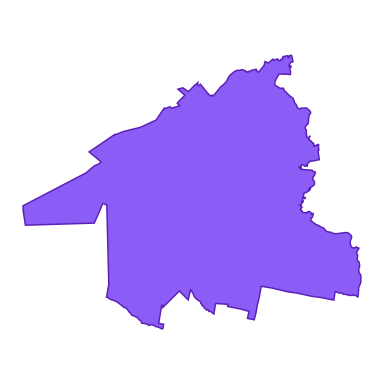 outline of Hobart, Tasmania, Australia
{"feature_id": "25037944B41007206704884", "entity_name": "Hobart", "entity_type": "district", "adm_level": 2, "iso_a3": "AUS", "parent_name": "Australia", "parent_adm1": "Tasmania", "projection": "orthographic", "projection_center": [147.328, -42.894], "detail": "fine", "context": "isolated", "style": "filled", "palette": "violet", "viewbox_px": 384, "rotation_deg": 0, "n_neighbors": 0, "source": "geoboundaries", "source_scale": "gbopen_adm2", "svg_char_len": 5996}
<svg xmlns="http://www.w3.org/2000/svg" viewBox="0 0 384 384"><path d="M25.4,225.2L94.3,223.1L99.5,211.2L102.7,203.5L106.8,205.0L108.8,284.2L106.5,297.2L107.5,297.4L109.7,298.9L111.1,299.6L115.0,300.9L116.6,301.7L120.0,304.1L124.1,307.5L126.1,308.0L128.3,310.6L128.9,311.8L130.1,312.7L131.4,314.7L132.5,315.6L134.2,315.9L135.5,316.8L137.2,317.4L139.5,320.1L140.8,320.8L141.6,323.1L142.1,323.4L143.9,323.3L145.9,324.0L147.5,324.1L147.9,324.5L148.3,325.2L148.9,325.5L151.0,324.8L152.6,324.8L155.8,326.6L157.7,326.9L161.8,328.8L162.8,328.7L163.7,324.3L158.7,323.3L161.7,305.2L163.0,305.5L163.0,307.3L179.4,291.0L188.2,299.9L190.5,290.0L191.8,291.4L193.1,293.6L194.2,296.5L196.3,298.9L197.6,299.8L198.4,300.2L198.7,300.7L199.9,301.1L200.6,302.2L200.8,303.3L201.8,304.5L202.2,305.6L203.6,306.7L204.5,308.1L206.7,310.2L207.8,309.5L208.1,309.6L208.4,310.0L208.7,311.2L209.0,311.5L210.8,311.4L212.2,312.9L213.9,313.9L215.6,303.5L228.0,304.3L227.6,306.4L241.2,309.2L249.0,311.4L247.8,316.6L247.5,318.4L254.2,319.8L256.0,312.6L257.4,304.7L258.7,299.7L260.9,288.2L261.4,286.3L272.3,288.1L287.6,291.8L297.1,293.1L311.6,296.3L320.2,297.4L333.8,300.1L335.1,291.8L335.6,291.6L338.5,292.9L341.0,293.0L341.9,293.5L343.5,293.8L343.7,294.3L344.3,294.1L345.4,294.3L346.1,294.7L347.6,294.6L348.6,295.5L349.4,295.0L351.2,295.5L353.0,295.0L353.7,295.6L354.1,295.2L354.9,295.0L355.4,295.2L357.3,296.8L358.0,296.8L358.1,296.2L358.0,295.1L358.4,293.6L358.3,292.1L358.7,289.9L358.6,287.9L359.3,285.9L360.1,284.4L360.1,284.1L360.6,283.0L360.9,281.4L360.8,277.2L361.0,276.8L360.8,276.6L360.5,274.2L359.7,273.7L359.2,273.0L358.9,271.4L358.8,268.6L359.6,266.6L359.6,264.9L358.9,261.7L357.7,260.8L357.4,260.0L357.2,258.1L357.6,256.5L357.6,255.1L356.6,253.6L356.6,252.7L357.0,251.5L357.8,249.9L358.2,249.8L358.9,248.2L356.2,246.9L355.4,247.6L353.4,247.9L352.4,247.7L351.5,246.9L350.5,244.6L350.2,243.2L350.3,241.1L351.7,237.3L351.5,236.2L350.9,235.2L348.3,233.0L347.1,232.6L345.0,232.6L337.5,233.6L334.9,233.6L332.6,233.3L331.2,232.3L328.1,231.9L326.0,231.1L325.6,230.3L324.7,229.8L324.5,229.4L324.5,229.0L324.1,228.8L323.5,228.0L323.1,227.7L321.3,227.2L318.9,225.6L316.0,224.5L312.1,221.6L310.6,219.8L310.7,218.6L311.2,218.2L311.4,218.3L312.3,217.3L313.0,215.5L312.8,214.7L313.3,214.0L313.1,213.5L312.4,213.5L311.6,213.9L311.2,213.8L311.1,212.9L310.6,212.2L308.9,211.4L307.7,211.9L307.7,212.3L307.4,212.5L306.9,212.3L306.0,213.0L305.7,212.7L302.8,212.5L302.4,212.1L302.2,211.2L301.7,211.0L300.5,209.6L301.0,209.0L300.8,208.8L300.8,208.6L301.9,207.4L301.3,207.4L301.2,207.2L301.3,206.9L301.1,206.6L301.1,206.2L300.8,206.2L300.2,205.6L301.0,205.8L301.4,204.8L300.6,204.4L301.0,204.4L301.4,203.7L302.1,201.9L301.9,201.3L302.0,201.1L302.5,201.1L302.9,201.6L302.9,202.1L303.1,201.9L303.1,200.4L302.6,200.1L302.5,198.4L302.7,198.1L303.1,198.1L304.8,198.6L305.1,198.4L305.3,198.0L305.3,197.7L304.9,197.4L303.3,197.1L303.1,196.8L303.1,196.1L304.0,194.0L303.8,193.3L304.2,192.9L306.3,192.4L307.2,192.0L307.5,191.5L308.3,191.3L308.6,190.6L308.9,190.7L309.1,190.0L309.4,190.0L309.1,189.5L309.7,189.7L310.2,189.5L310.3,189.2L309.4,188.2L309.9,187.5L310.6,187.9L310.8,187.6L310.7,187.5L311.2,187.1L311.4,186.8L313.2,185.9L314.3,184.5L314.5,183.5L314.5,181.6L314.0,180.8L312.8,179.8L312.5,179.0L313.0,178.6L312.9,177.8L313.1,176.7L313.4,176.3L314.5,175.6L314.9,172.9L314.7,172.2L315.2,172.4L315.0,171.9L312.1,170.9L312.2,170.4L311.7,170.2L301.6,169.4L301.5,168.9L300.4,168.8L300.4,168.5L301.3,168.5L301.4,168.0L300.4,168.0L300.3,167.6L299.1,167.2L299.4,166.6L300.8,166.9L301.0,166.4L300.7,166.3L302.0,164.4L305.2,166.4L306.2,165.2L307.1,166.1L307.5,165.5L307.1,164.2L310.2,160.9L311.3,161.3L319.3,159.7L318.0,150.4L318.9,150.1L318.2,145.5L318.7,145.4L318.6,144.6L318.1,144.4L316.2,145.3L316.3,145.5L315.9,145.8L314.6,146.0L314.7,145.9L314.4,145.4L313.8,144.8L313.5,143.5L313.2,143.8L312.7,143.1L312.8,143.0L311.5,141.9L310.7,140.6L310.1,140.6L309.3,139.5L308.8,139.6L308.5,139.0L308.6,138.5L310.0,136.5L310.0,136.2L309.8,136.2L308.9,137.6L307.5,137.4L307.4,137.1L306.8,136.9L306.6,136.5L306.7,135.7L306.2,132.1L306.5,130.6L306.2,130.3L306.2,129.9L305.6,129.3L305.2,128.0L305.2,127.4L306.0,125.7L307.9,123.8L308.3,123.0L308.3,121.9L308.5,121.5L308.5,120.3L308.6,119.4L308.6,117.8L308.8,117.4L309.2,115.2L310.6,113.2L310.5,112.1L309.8,110.8L308.1,109.2L307.4,109.0L306.6,108.0L301.5,108.1L300.9,108.3L300.4,109.0L300.1,109.1L298.1,108.3L297.3,107.4L296.2,104.5L295.2,103.6L294.3,101.8L294.1,100.7L293.0,98.2L289.8,96.0L289.1,95.1L287.0,93.3L286.2,92.1L285.2,91.6L284.0,89.9L283.5,88.5L283.2,88.1L282.7,88.0L282.2,88.4L281.3,88.5L279.0,87.7L278.2,87.0L275.4,85.5L274.9,84.5L274.8,83.4L274.9,82.0L276.1,79.1L278.1,75.6L279.5,73.9L282.4,74.2L283.0,74.0L284.5,74.3L287.7,74.1L289.9,74.6L290.5,74.4L290.5,71.2L289.6,68.0L291.0,67.4L291.1,67.2L290.7,65.8L289.1,66.1L289.1,65.5L289.4,64.5L290.3,63.0L290.8,62.5L292.9,61.7L293.0,61.4L291.6,55.4L291.4,55.2L289.2,55.9L289.0,56.2L289.2,57.2L288.8,57.6L288.1,57.4L287.7,55.7L283.0,56.6L282.7,57.0L283.1,58.6L281.0,59.3L281.1,60.2L280.4,60.5L278.5,60.8L278.3,59.6L277.9,59.0L273.6,60.1L273.3,60.0L273.1,59.2L272.9,59.1L268.5,62.9L265.1,61.5L264.0,65.5L258.6,72.2L256.8,71.0L256.4,70.2L256.5,69.5L256.1,69.4L255.2,69.4L253.3,70.1L251.9,70.0L251.2,70.4L250.5,71.4L250.0,71.5L248.8,71.2L248.4,71.5L248.2,72.0L247.7,72.2L246.4,71.5L245.6,71.6L245.5,71.1L245.2,70.6L244.4,70.6L243.3,69.9L242.0,69.6L241.4,69.7L239.7,70.4L237.1,70.3L234.2,71.8L233.4,72.2L232.7,73.1L231.5,73.9L231.6,74.2L229.7,75.5L227.7,78.8L226.4,81.6L223.1,84.9L221.0,86.4L218.5,89.7L213.1,96.1L212.5,95.9L212.1,95.2L210.1,95.9L208.4,93.8L208.2,93.9L200.4,84.2L198.5,85.8L197.5,84.7L197.9,82.7L194.3,85.6L188.5,91.6L182.8,87.8L178.0,89.2L184.9,95.2L179.6,100.5L177.2,103.2L179.6,105.7L172.0,108.1L169.9,106.8L164.6,108.7L164.2,108.1L156.1,120.0L140.5,127.3L123.8,131.4L115.4,134.7L115.0,134.3L89.1,151.9L101.0,161.8L98.7,164.0L94.3,165.9L86.0,172.9L23.0,205.8L23.3,211.5L25.4,225.2Z" fill="#8b5cf6" stroke="#5b21b6" stroke-width="1.5"/></svg>